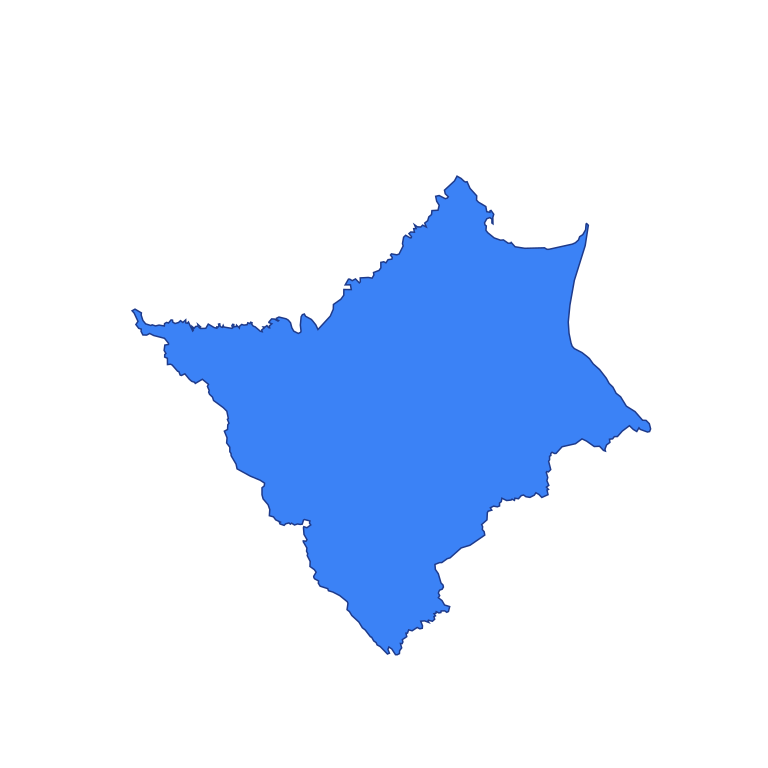 Soanierana Ivongo, Analanjirofo, Madagascar, rotated 298°
{"feature_id": "10022922B56427545477040", "entity_name": "Soanierana Ivongo", "entity_type": "district", "adm_level": 2, "iso_a3": "MDG", "parent_name": "Madagascar", "parent_adm1": "Analanjirofo", "projection": "equal_earth", "projection_center": [49.223, -16.67], "detail": "fine", "context": "isolated", "style": "filled", "palette": "blue", "viewbox_px": 768, "rotation_deg": 298, "n_neighbors": 0, "source": "geoboundaries", "source_scale": "gbopen_adm2", "svg_char_len": 6171}
<svg xmlns="http://www.w3.org/2000/svg" viewBox="0 0 768 768"><g transform="rotate(298 384 384)"><path d="M330.4,127.2L329.3,130.1L323.8,137.4L320.0,137.0L318.0,141.3L318.5,143.9L316.4,144.8L314.1,148.1L315.8,151.5L318.6,153.4L318.7,157.9L321.3,168.7L318.8,174.6L317.7,175.1L315.5,172.2L310.4,174.1L308.6,177.1L307.0,176.6L304.8,177.7L305.0,180.7L299.5,183.7L301.3,186.3L301.3,188.1L298.4,195.7L298.6,197.1L296.2,199.8L296.4,201.1L299.5,203.4L296.8,209.9L296.1,213.0L296.6,215.9L295.9,217.1L302.9,221.4L301.3,229.2L299.0,229.2L296.2,232.7L294.5,233.0L293.0,234.8L291.9,238.7L289.4,241.3L287.7,253.1L286.2,258.0L280.4,262.8L279.3,262.3L276.6,265.5L274.7,265.2L270.4,267.2L267.4,265.2L262.8,270.7L258.1,272.7L255.8,277.5L251.8,279.7L250.9,281.5L248.9,282.7L243.8,291.0L240.1,294.1L239.9,309.1L240.9,319.9L240.4,325.1L237.8,326.1L235.1,325.0L228.9,328.3L225.8,331.2L223.0,338.3L219.5,342.1L213.9,344.6L214.8,348.8L213.2,352.1L213.4,357.3L212.5,356.8L211.6,357.9L212.3,362.2L214.4,362.8L216.7,365.3L216.3,367.1L217.7,367.7L217.5,371.2L219.8,373.3L220.7,376.0L221.9,377.6L226.1,376.8L227.0,377.4L228.3,382.9L226.2,383.5L225.2,385.5L220.9,383.4L220.4,380.2L219.4,380.3L213.6,384.0L210.4,389.1L208.5,388.9L207.6,386.4L206.8,386.8L203.0,392.9L200.0,394.1L198.4,396.3L196.4,396.8L192.7,402.1L188.1,404.3L187.4,409.6L186.0,412.4L181.2,412.2L180.1,413.0L179.4,414.3L179.4,418.7L177.3,419.5L175.5,422.5L176.9,430.4L175.4,432.0L176.3,436.5L176.4,444.3L174.5,453.9L173.3,455.2L167.4,457.3L166.8,460.4L164.5,464.2L162.0,473.6L158.6,479.3L158.0,482.9L154.4,490.8L154.7,491.8L152.3,495.6L152.0,498.4L150.4,500.4L150.4,503.9L147.2,513.8L148.9,515.2L151.6,512.0L154.1,511.8L153.7,515.3L150.4,521.2L151.1,522.7L153.2,524.2L155.8,523.0L159.3,523.5L162.6,520.3L163.3,521.9L165.1,521.8L166.9,520.2L171.6,522.7L174.3,520.4L175.1,521.7L178.5,521.2L179.3,524.7L184.6,527.6L184.7,530.6L186.3,532.5L188.6,531.5L191.8,527.8L193.9,531.0L194.5,535.5L195.2,534.1L196.3,534.1L197.2,538.1L200.1,539.2L202.0,537.3L203.5,538.3L204.7,536.0L206.0,537.5L207.5,537.0L207.6,539.9L208.9,541.5L210.4,541.0L212.2,544.1L211.9,546.6L213.4,547.7L218.3,546.5L217.3,541.2L220.0,536.9L220.8,532.3L223.3,532.5L224.9,530.2L226.3,529.9L228.1,529.9L230.1,531.7L232.6,531.8L234.2,530.5L235.1,527.7L242.0,521.0L244.4,516.4L248.6,513.7L252.3,516.8L253.5,518.9L259.4,521.8L261.6,524.0L275.5,529.1L282.1,535.7L297.9,543.9L300.6,541.8L301.7,539.1L304.3,538.1L305.7,536.2L312.4,538.7L319.0,535.6L320.6,535.7L323.2,538.4L324.6,536.0L327.6,538.1L328.8,541.8L330.6,543.3L333.1,541.9L335.2,542.8L338.5,541.7L338.7,547.0L341.2,550.7L342.4,551.1L342.5,553.8L344.6,553.2L345.8,556.6L349.9,557.6L351.5,559.3L351.1,562.2L352.4,566.1L356.4,568.9L359.3,569.2L359.2,572.7L357.9,576.6L363.3,580.8L366.9,577.7L368.1,578.7L369.2,575.8L371.9,577.1L375.1,573.2L378.3,572.5L382.2,568.7L383.2,568.9L383.5,570.4L386.7,571.4L393.1,565.6L394.8,565.8L397.9,564.1L399.2,564.9L400.8,563.9L402.6,564.4L402.7,567.2L403.5,568.5L412.2,570.7L421.2,581.1L428.5,584.6L428.7,589.6L427.5,599.0L430.2,603.5L428.4,608.9L428.7,611.0L430.2,609.7L434.7,609.1L438.5,610.9L441.1,609.0L442.9,611.6L445.7,612.1L447.2,614.8L454.3,616.5L462.4,620.3L460.9,625.4L460.7,629.5L465.0,629.7L464.2,631.5L465.3,639.2L466.7,640.8L469.5,640.5L473.5,636.9L474.9,632.5L473.4,629.3L477.5,618.6L478.2,608.4L483.8,598.9L484.8,593.3L488.7,587.6L490.2,582.5L493.5,577.5L497.9,567.7L500.0,559.2L502.9,553.4L503.7,549.8L504.7,544.1L504.6,535.4L505.7,532.4L508.1,529.8L515.6,523.6L525.2,517.6L541.0,511.1L564.9,503.4L600.6,496.7L620.1,489.9L620.8,487.6L620.2,487.3L614.8,489.6L609.2,489.4L605.9,487.6L602.5,488.1L598.6,486.7L595.9,484.6L580.3,466.3L579.4,464.6L579.6,461.8L569.9,444.6L566.7,435.3L568.7,429.8L567.8,429.7L566.6,427.5L567.3,421.8L565.7,419.4L564.7,412.7L566.3,404.6L567.5,401.9L571.6,400.1L571.9,398.5L573.5,397.1L578.2,397.2L580.6,399.3L580.2,401.9L576.8,403.7L576.6,405.0L582.1,401.9L585.4,401.2L587.5,397.0L586.7,396.3L585.3,396.9L584.4,393.8L588.5,390.6L588.9,382.1L589.8,379.4L593.7,377.5L597.1,368.1L601.6,362.4L600.6,361.2L600.6,359.6L601.7,355.6L601.8,350.9L596.4,350.9L583.5,346.4L580.7,348.8L579.5,352.9L577.9,352.6L576.4,351.1L576.3,344.2L574.0,341.5L570.1,344.7L567.7,348.8L562.8,350.1L559.6,344.9L555.9,346.4L552.6,345.1L548.7,345.9L545.2,344.4L542.5,347.6L542.4,343.5L539.9,342.8L538.4,339.6L538.9,336.2L536.3,339.4L535.1,337.3L532.3,339.6L530.8,336.3L528.5,335.4L527.0,339.1L526.0,339.4L525.3,338.6L525.5,333.3L522.8,332.4L516.6,334.4L514.9,336.1L505.8,336.3L504.1,334.7L502.4,329.5L500.9,329.2L499.6,331.9L497.9,332.3L495.7,329.2L491.9,328.8L491.8,326.4L489.9,324.1L485.1,326.7L482.0,326.3L477.5,322.4L475.5,323.9L471.9,323.8L470.7,320.1L466.5,313.2L463.1,315.1L461.7,314.7L463.4,309.5L460.3,307.4L460.5,304.5L459.9,303.4L453.3,303.2L455.8,307.8L452.0,310.8L448.6,304.2L443.5,306.8L438.6,306.1L430.5,302.0L426.2,304.1L418.7,304.7L401.1,300.1L404.2,296.0L406.1,291.7L406.9,289.6L407.0,282.9L408.4,280.8L406.9,279.4L404.4,279.3L396.7,282.5L391.8,285.9L390.5,286.1L388.4,284.6L388.3,279.5L390.4,276.2L394.2,272.7L395.5,269.4L395.6,266.9L393.8,259.8L391.4,258.1L390.5,259.1L390.5,261.2L389.8,260.9L389.9,256.7L388.7,254.2L384.7,253.3L384.2,253.5L384.5,256.7L381.5,255.5L379.9,256.7L379.6,255.6L380.6,253.2L378.4,252.2L377.6,250.5L377.0,251.8L374.3,250.6L373.0,251.9L372.5,250.1L374.0,243.4L373.7,241.4L374.7,239.1L376.1,238.8L376.0,237.3L374.4,237.2L374.1,235.0L372.1,235.3L370.2,232.6L369.8,230.4L367.1,229.3L365.5,230.0L366.7,226.2L365.5,226.6L363.9,224.6L366.0,223.5L365.7,222.4L364.1,222.3L362.5,224.0L361.7,223.6L359.1,215.8L360.2,214.5L358.1,214.7L357.8,213.8L358.3,211.9L360.0,210.7L359.2,209.8L357.8,211.0L356.3,210.7L356.0,209.6L354.8,210.2L354.1,207.5L354.4,200.7L349.5,200.5L346.9,196.0L347.0,194.4L348.3,195.2L349.2,191.7L348.0,192.9L346.3,190.7L344.1,190.2L344.6,187.8L342.0,190.4L341.0,190.2L346.9,182.2L345.4,181.9L344.9,180.3L347.5,178.8L343.9,177.5L344.4,174.6L341.8,173.7L339.3,171.1L339.5,168.4L341.1,167.3L340.6,165.9L336.7,165.1L336.3,163.1L334.3,161.9L332.1,162.8L330.4,157.7L328.0,155.0L327.4,151.5L326.2,150.7L325.2,145.3L326.9,141.3L330.9,137.2L332.9,136.4L333.2,129.0L330.4,127.2Z" fill="#3b82f6" stroke="#1e3a8a" stroke-width="1.5"/></g></svg>